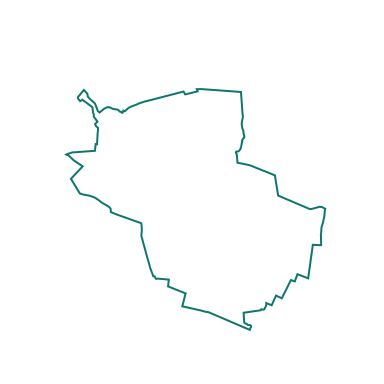 the district of Girov, Neamt, Romania, rotated 20°
{"feature_id": "2599482B5829792853228", "entity_name": "Girov", "entity_type": "district", "adm_level": 2, "iso_a3": "ROU", "parent_name": "Romania", "parent_adm1": "Neamt", "projection": "natural_earth1", "projection_center": [26.486, 46.949], "detail": "fine", "context": "isolated", "style": "outline", "palette": "teal", "viewbox_px": 384, "rotation_deg": 20, "n_neighbors": 0, "source": "geoboundaries", "source_scale": "gbopen_adm2", "svg_char_len": 3087}
<svg xmlns="http://www.w3.org/2000/svg" viewBox="0 0 384 384"><g transform="rotate(20 192 192)"><path d="M282.8,301.2L293.4,301.8L293.3,299.9L293.6,299.1L293.6,298.6L293.4,297.9L293.0,297.4L292.2,297.2L291.5,297.4L290.7,297.7L290.2,297.8L289.3,297.6L288.7,297.3L288.3,297.1L288.0,297.2L287.6,297.3L286.9,297.3L286.3,297.1L285.8,297.0L281.8,287.8L297.1,279.6L297.1,279.4L297.2,278.5L297.8,278.4L298.7,278.3L299.5,278.1L300.0,277.5L300.2,276.0L300.4,275.3L300.4,272.2L299.8,271.3L299.7,270.9L301.1,271.0L305.6,271.2L305.7,269.9L306.4,260.6L307.7,260.7L312.7,261.2L315.1,240.9L319.2,240.9L319.2,233.2L330.7,233.4L323.6,200.3L331.4,197.9L331.5,197.8L331.0,196.3L330.3,194.5L329.3,192.1L328.8,190.7L327.7,188.0L327.4,186.6L326.7,183.9L326.0,181.8L325.6,179.3L325.7,178.4L325.5,175.6L325.0,171.8L324.6,169.1L323.8,166.5L323.3,164.5L323.1,163.4L322.9,162.5L323.0,162.3L323.0,162.2L320.3,161.8L318.7,161.8L317.7,162.1L317.2,162.2L316.5,162.5L313.9,164.4L311.7,166.0L310.0,167.1L309.3,167.4L308.9,167.6L308.5,167.7L307.0,167.7L304.1,167.5L298.0,167.2L274.2,165.9L264.2,148.0L237.2,147.1L224.7,148.9L221.2,141.3L220.7,140.9L219.8,140.1L219.7,139.0L220.3,138.6L221.3,138.3L222.0,137.4L222.6,136.0L222.9,134.6L222.6,133.6L222.7,133.1L222.5,131.3L222.3,130.2L222.0,128.7L222.1,128.3L222.0,128.2L222.0,127.7L221.7,127.6L221.5,126.9L221.5,125.4L221.8,124.9L222.0,124.0L221.9,123.9L222.4,122.6L222.4,122.3L220.2,118.9L219.3,116.8L217.4,114.8L215.6,111.5L214.9,109.2L214.2,104.0L212.1,99.9L210.6,96.4L203.8,81.3L199.4,82.5L168.0,91.4L165.6,92.1L161.3,93.7L162.8,95.5L152.3,102.6L149.7,100.5L130.5,113.7L123.7,118.4L119.3,121.4L118.3,122.1L117.0,122.9L115.8,123.8L114.4,124.9L113.1,125.9L112.6,126.4L111.9,126.9L111.4,127.4L110.8,128.0L110.3,128.5L105.2,132.9L103.9,134.4L103.3,135.2L102.5,136.8L101.9,137.9L101.7,138.3L101.3,139.1L99.7,139.0L99.7,139.5L99.6,141.3L99.2,141.3L98.6,141.4L98.3,141.1L97.9,140.9L96.8,141.2L94.8,140.2L93.9,140.0L90.4,140.8L89.1,141.0L87.9,140.8L85.6,140.5L85.2,140.9L83.6,141.1L81.8,142.9L81.4,143.4L81.0,143.7L78.0,148.9L75.8,148.2L73.4,145.2L72.4,144.1L70.6,142.1L69.2,141.4L66.6,140.4L64.9,139.8L63.5,139.1L61.4,137.9L60.2,135.6L58.6,134.7L55.5,133.1L52.9,140.4L52.5,141.5L52.5,142.6L52.9,142.9L53.6,143.6L55.8,144.9L57.5,142.8L58.2,143.0L59.3,143.5L60.0,143.5L62.0,144.1L69.4,146.4L72.0,151.4L73.4,153.0L73.9,154.8L79.1,158.2L77.7,161.3L79.4,163.0L81.6,163.7L82.5,165.9L83.1,168.6L86.4,179.6L85.1,179.9L86.7,186.5L65.7,195.9L61.4,199.4L61.1,199.8L63.1,199.8L64.5,200.3L70.1,202.7L80.5,205.3L73.7,221.1L74.9,221.9L82.7,228.2L87.0,231.7L90.7,231.6L93.4,231.1L97.0,230.5L102.5,230.5L107.6,231.7L110.2,232.7L119.0,234.3L121.2,235.5L121.5,236.1L122.6,238.6L128.8,238.9L155.0,238.7L155.5,239.6L156.6,241.9L157.9,245.0L159.4,250.5L164.4,257.6L172.2,268.6L173.6,270.5L178.8,277.8L183.2,282.9L184.5,284.5L185.6,284.0L187.1,285.4L187.5,285.6L188.1,285.9L188.4,285.7L189.6,285.0L190.8,284.8L195.3,283.5L200.2,282.3L201.8,288.9L210.8,289.2L220.7,289.5L220.7,289.9L222.0,302.7L241.1,300.3L246.7,299.8L248.5,299.3L282.8,301.2Z" fill="none" stroke="#0f766e" stroke-width="2"/></g></svg>